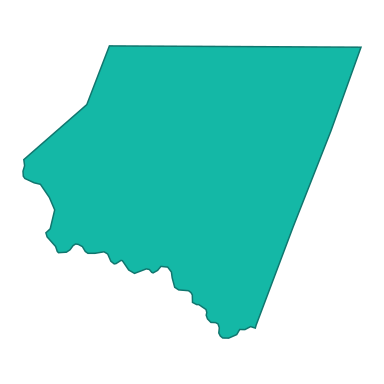 Starr, Texas, United States of America (Equal Earth projection)
{"feature_id": "52423323B3441852728971", "entity_name": "Starr", "entity_type": "district", "adm_level": 2, "iso_a3": "USA", "parent_name": "United States of America", "parent_adm1": "Texas", "projection": "equal_earth", "projection_center": [-98.863, 26.511], "detail": "fine", "context": "isolated", "style": "filled", "palette": "teal", "viewbox_px": 384, "rotation_deg": 0, "n_neighbors": 0, "source": "geoboundaries", "source_scale": "gbopen_adm2", "svg_char_len": 1003}
<svg xmlns="http://www.w3.org/2000/svg" viewBox="0 0 384 384"><path d="M23.8,159.6L24.6,165.8L23.0,171.2L23.3,176.2L24.9,178.5L34.1,182.8L40.4,184.3L49.4,197.5L54.7,209.9L50.2,228.8L45.9,232.8L47.1,236.9L55.6,246.5L57.3,251.5L58.5,252.7L66.4,252.2L70.0,249.8L73.1,245.6L75.6,244.0L78.3,244.4L82.4,246.6L85.3,251.5L87.9,253.3L95.0,253.3L104.0,251.8L107.7,254.0L110.9,261.3L114.2,263.9L116.0,263.6L121.0,260.4L122.4,260.7L128.7,270.0L134.5,273.4L146.3,268.9L149.4,269.5L151.7,272.3L153.1,272.9L157.6,270.4L160.9,266.4L167.7,267.1L171.4,272.0L172.2,277.9L174.7,287.3L178.7,289.9L188.5,290.7L190.9,292.5L192.3,294.9L192.5,302.4L196.7,304.6L198.8,304.6L206.0,309.5L206.8,312.5L206.2,315.2L207.5,318.9L210.9,322.4L215.6,322.6L218.0,323.9L219.3,327.7L218.8,333.0L220.3,336.0L222.7,338.0L228.7,338.1L236.7,334.6L239.7,329.5L244.9,329.6L250.6,326.6L255.3,328.1L256.1,325.2L293.2,226.7L330.9,131.0L361.0,47.2L320.5,47.0L109.4,45.9L86.8,104.6L23.8,159.6Z" fill="#14b8a6" stroke="#0f766e" stroke-width="1.5"/></svg>